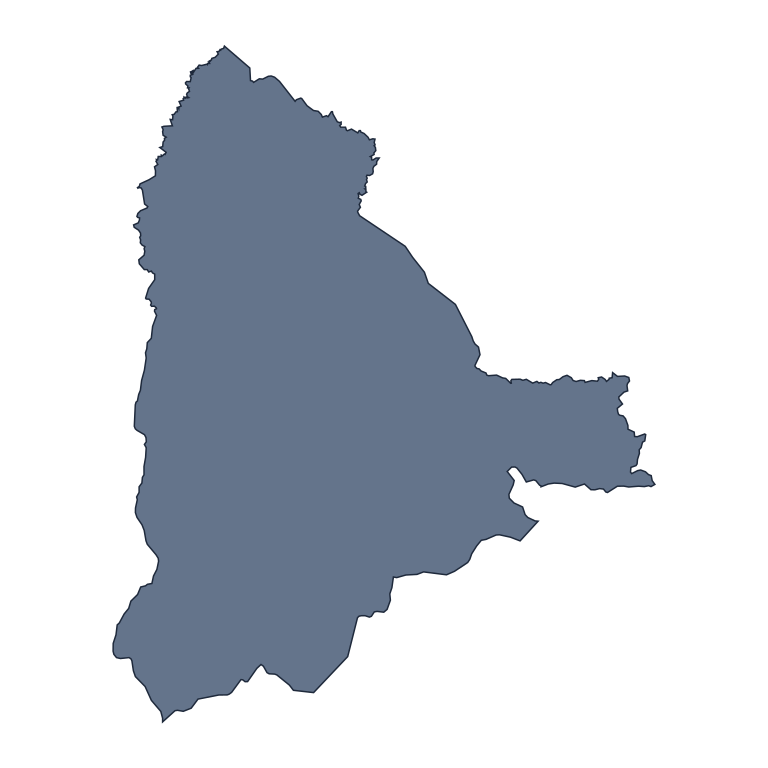 outline of Ile, Zambezia, Mozambique
{"feature_id": "85939544B3686787806290", "entity_name": "Ile", "entity_type": "district", "adm_level": 2, "iso_a3": "MOZ", "parent_name": "Mozambique", "parent_adm1": "Zambezia", "projection": "albers", "projection_center": [37.321, -15.981], "detail": "fine", "context": "isolated", "style": "filled", "palette": "slate", "viewbox_px": 768, "rotation_deg": 0, "n_neighbors": 0, "source": "geoboundaries", "source_scale": "gbopen_adm2", "svg_char_len": 6065}
<svg xmlns="http://www.w3.org/2000/svg" viewBox="0 0 768 768"><path d="M224.4,46.1L223.6,48.4L221.2,49.1L220.7,50.2L220.0,49.7L218.9,51.5L217.1,51.7L218.3,54.1L215.2,57.3L211.8,58.4L211.5,59.8L209.3,61.1L210.1,61.2L208.9,62.5L209.5,63.4L207.7,63.4L207.4,64.6L206.8,64.2L201.7,65.5L199.1,65.1L197.5,67.3L198.4,68.3L196.0,68.4L193.6,72.1L193.2,70.5L192.0,71.3L192.3,72.6L191.3,71.6L190.5,71.9L190.9,73.3L192.4,74.5L190.3,75.2L190.3,76.8L191.1,77.6L190.3,81.6L186.7,81.5L185.5,82.7L185.6,83.9L187.9,86.0L187.5,87.8L189.0,87.9L188.5,88.6L189.5,91.3L187.3,92.9L186.6,94.3L187.4,96.7L188.7,97.6L187.3,97.9L186.1,97.1L185.6,98.1L184.0,97.0L183.9,98.3L183.2,98.6L183.6,100.2L179.1,101.5L181.1,106.1L179.0,106.9L178.8,108.7L178.1,107.3L177.1,107.5L177.4,111.7L175.9,111.9L174.2,114.3L172.2,114.7L172.9,116.2L172.6,119.7L170.2,119.4L172.4,125.8L163.9,126.3L161.9,127.0L163.2,129.8L162.6,131.5L163.1,135.3L166.2,137.2L164.4,138.4L164.6,140.2L163.1,142.0L162.7,146.6L159.8,147.5L166.1,152.3L165.1,154.4L164.4,154.0L162.5,155.8L161.3,155.1L161.3,156.5L157.6,156.5L158.3,156.8L157.6,159.8L156.4,159.5L156.7,160.4L156.0,161.3L157.8,164.5L154.5,166.8L155.5,170.8L155.4,175.8L149.1,179.7L140.0,183.9L139.3,186.4L137.5,187.6L137.9,188.2L138.8,187.6L141.1,187.9L142.4,190.1L144.6,204.0L147.8,206.6L147.0,208.0L140.6,210.7L137.9,213.4L136.9,216.4L137.7,217.4L139.6,217.9L139.4,220.2L138.2,222.9L133.6,224.9L134.2,227.3L138.5,230.1L140.5,233.0L140.7,235.8L139.7,237.3L140.6,239.9L140.3,242.8L142.1,245.1L144.9,246.6L144.1,248.7L144.8,251.2L144.1,255.2L138.8,259.8L139.3,263.8L144.3,269.6L147.2,269.6L148.7,272.0L151.4,271.1L152.5,272.9L154.7,274.1L154.7,279.7L148.6,288.4L145.6,298.1L146.2,299.0L149.1,299.2L151.1,301.7L151.4,303.1L150.6,305.0L151.6,306.3L154.4,306.2L156.3,307.9L156.5,308.7L154.7,309.6L154.5,311.2L156.6,315.4L152.6,326.4L151.3,338.3L147.3,342.6L146.8,348.8L145.5,352.8L146.2,358.0L144.4,370.2L141.6,380.5L140.4,390.3L138.7,394.4L137.4,401.0L136.0,402.2L135.3,404.8L134.3,426.3L135.3,428.8L137.1,430.4L144.5,434.7L146.0,437.6L146.3,441.8L144.4,444.4L146.2,447.7L145.6,457.4L144.0,466.5L144.0,474.8L142.4,477.4L141.9,483.0L139.1,486.8L139.1,492.4L136.6,497.0L137.3,499.7L135.5,508.0L135.4,512.6L137.0,517.4L142.0,524.8L144.2,530.4L146.0,540.8L147.3,544.3L156.0,554.7L158.2,558.2L158.6,561.2L156.9,569.4L153.5,576.0L151.9,583.5L147.4,584.3L145.6,585.8L140.7,587.0L137.6,594.5L130.9,601.1L128.7,608.4L124.2,613.9L119.3,623.0L117.2,624.9L116.0,634.8L113.2,643.4L113.1,651.2L113.9,654.4L116.5,657.6L120.4,658.5L129.1,657.6L131.0,658.9L131.9,660.8L133.4,670.8L135.4,676.6L145.1,686.5L151.4,700.4L160.8,711.4L162.6,718.2L162.6,721.9L175.0,710.7L177.5,710.3L183.3,711.3L191.2,708.2L198.0,699.1L218.8,695.0L227.2,694.9L229.1,694.2L231.6,692.4L241.0,679.6L242.7,679.8L245.1,681.7L247.6,681.6L256.9,668.3L261.0,664.5L263.4,666.2L267.0,672.6L269.1,673.8L274.7,674.1L276.8,674.9L289.4,685.1L293.4,690.3L313.6,692.6L347.7,656.6L357.5,617.7L359.0,616.2L361.5,615.7L365.1,615.7L369.4,617.1L371.4,616.3L374.3,611.9L377.1,611.4L383.8,612.2L387.1,609.4L390.4,600.2L389.8,593.9L391.9,587.7L393.4,577.0L396.7,577.6L405.9,575.0L417.0,574.4L423.6,571.9L446.5,574.8L454.5,571.3L467.7,562.5L469.8,559.3L471.7,553.8L476.7,545.9L481.3,540.3L486.0,539.4L496.1,535.0L499.5,534.8L510.5,537.2L520.1,540.9L538.1,521.2L535.0,520.9L527.8,517.5L525.1,514.6L522.6,507.0L514.0,503.0L509.3,498.2L508.9,494.4L513.2,484.9L514.2,480.5L507.2,471.5L511.6,467.1L515.1,467.0L517.0,468.1L522.0,474.4L526.3,482.0L533.7,479.9L535.8,480.6L539.6,485.2L541.0,485.9L541.0,486.8L548.3,484.0L554.2,483.1L562.2,483.5L575.2,487.1L584.5,484.0L590.9,489.7L594.9,489.8L599.6,488.6L603.5,489.1L605.8,492.0L607.5,492.5L617.4,486.2L623.7,486.1L628.7,487.0L638.6,486.2L644.4,486.6L648.7,485.7L651.0,486.6L654.9,484.4L652.2,480.7L651.2,475.6L648.5,474.6L645.5,471.8L640.7,470.0L637.7,470.6L631.7,473.6L630.5,472.1L630.9,467.4L636.0,465.6L637.1,463.9L637.5,459.4L639.4,453.4L639.2,449.8L641.1,447.6L642.5,442.2L644.8,440.9L645.7,434.6L644.7,434.0L637.3,436.7L634.6,436.5L634.2,432.1L628.0,429.2L627.9,425.4L625.5,418.7L623.1,415.9L619.6,415.2L618.5,414.2L617.7,411.7L617.3,408.3L622.5,404.0L619.0,399.1L618.8,397.0L624.0,392.1L627.7,390.9L627.0,385.6L627.5,383.6L629.5,381.0L628.8,377.5L624.7,376.0L617.5,376.4L612.6,372.6L612.1,377.7L609.2,378.2L609.0,379.4L606.5,381.4L605.1,379.4L601.6,377.0L598.2,377.7L598.7,379.4L597.4,381.2L591.8,380.6L585.1,382.4L584.4,380.6L580.4,380.3L576.1,381.5L573.1,380.5L571.3,377.7L567.0,375.3L563.0,376.7L559.3,379.5L556.8,379.7L552.7,382.5L551.2,384.6L550.1,384.8L545.5,382.5L543.0,383.2L540.9,382.3L538.9,383.0L536.9,381.4L532.7,383.1L526.3,379.3L522.9,380.3L520.2,379.2L511.8,379.4L510.9,380.7L511.3,383.2L510.7,383.3L505.7,378.4L502.6,377.9L496.6,375.1L488.5,375.7L486.8,375.1L486.0,373.0L481.1,371.0L479.1,368.9L477.0,368.5L475.1,366.5L475.0,365.3L480.0,354.7L478.5,347.1L475.0,344.0L473.2,340.9L471.8,336.6L455.4,304.4L428.3,283.4L424.4,272.2L412.6,257.3L405.2,246.3L359.6,215.7L357.7,212.1L357.6,211.1L360.4,207.3L359.2,204.5L361.2,200.9L360.8,199.4L358.3,198.3L358.8,196.2L358.1,193.5L359.3,192.7L360.0,194.3L362.0,195.3L366.7,192.2L365.9,191.7L365.9,189.7L364.9,188.9L365.8,188.7L365.7,186.4L364.7,186.0L365.6,183.5L367.2,182.0L366.5,179.5L367.2,178.2L366.4,176.4L367.0,175.2L369.6,175.5L372.6,173.8L373.2,171.7L372.9,168.5L373.8,166.4L376.6,164.2L376.7,161.6L379.2,158.0L376.1,158.0L372.9,160.0L371.7,159.8L371.6,157.2L370.3,156.6L374.1,154.5L373.9,152.9L375.8,150.6L375.4,147.4L374.1,145.7L375.1,144.9L374.2,142.5L375.0,139.1L372.8,138.8L369.4,139.8L368.0,137.2L364.1,133.5L360.8,132.0L360.4,130.6L359.2,130.6L357.8,132.9L351.5,129.1L347.5,130.7L346.5,130.3L345.5,127.2L340.7,127.2L339.7,125.5L341.1,124.5L341.1,122.1L339.6,122.6L337.3,121.8L332.9,114.0L332.4,111.7L331.4,111.7L328.0,116.7L326.5,115.7L322.4,117.1L321.3,114.5L318.2,111.3L313.5,110.5L307.0,105.7L301.8,98.6L300.8,98.1L296.4,99.7L295.1,101.3L279.5,81.4L274.6,77.2L271.2,76.0L268.3,76.3L262.7,79.1L259.3,78.8L253.6,82.4L252.6,81.1L250.5,80.6L249.8,68.0L224.4,46.1Z" fill="#64748b" stroke="#1e293b" stroke-width="1.5"/></svg>